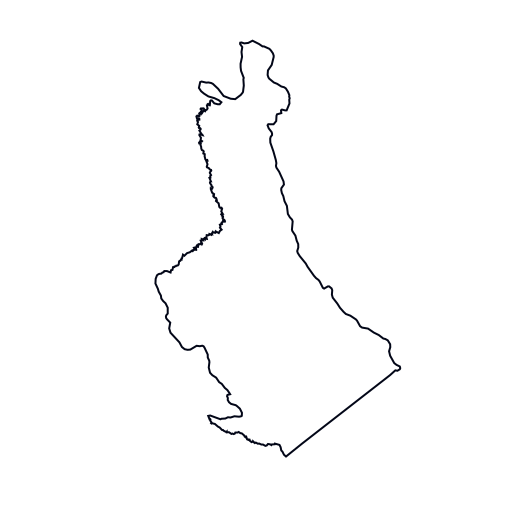 the district of Juruá, Amazonas, Brazil, rotated 322°
{"feature_id": "56859067B52882726289547", "entity_name": "Juruá", "entity_type": "district", "adm_level": 2, "iso_a3": "BRA", "parent_name": "Brazil", "parent_adm1": "Amazonas", "projection": "equal_earth", "projection_center": [-66.308, -3.375], "detail": "fine", "context": "isolated", "style": "outline", "palette": "ink", "viewbox_px": 512, "rotation_deg": 322, "n_neighbors": 0, "source": "geoboundaries", "source_scale": "gbopen_adm2", "svg_char_len": 6145}
<svg xmlns="http://www.w3.org/2000/svg" viewBox="0 0 512 512"><g transform="rotate(322 256 256)"><path d="M306.8,401.0L305.5,399.4L304.1,393.9L301.7,388.9L299.6,382.2L295.5,377.7L294.8,375.4L295.8,369.2L295.7,367.5L293.6,361.1L291.1,357.0L290.6,353.8L290.3,348.5L290.8,343.5L290.8,336.1L292.0,333.2L295.0,329.9L295.6,328.1L294.9,325.0L293.9,324.2L289.6,323.6L289.1,322.2L290.5,315.3L290.5,313.3L289.7,310.4L289.5,307.2L290.0,296.3L290.6,292.6L290.4,283.0L290.8,279.2L291.5,277.5L294.5,275.4L296.6,272.6L297.5,269.0L299.6,264.2L300.0,258.8L300.5,257.4L306.2,251.3L306.8,249.5L306.5,246.4L307.0,242.5L311.2,235.5L312.2,230.4L314.4,225.6L315.1,222.4L316.5,219.5L317.7,218.2L322.0,216.9L323.6,214.2L326.1,203.9L326.5,198.9L327.2,197.3L329.2,195.4L330.7,192.6L334.1,184.3L337.1,175.5L339.4,172.3L341.0,171.1L343.1,170.6L344.1,169.3L344.6,167.9L344.6,163.3L345.6,160.1L346.8,159.7L350.9,163.0L352.8,162.6L355.0,162.1L358.5,158.1L359.8,157.3L363.9,159.0L365.4,156.6L366.6,156.6L368.6,159.2L369.8,160.1L376.3,156.4L378.4,153.3L379.7,152.4L380.2,150.9L381.3,149.8L382.3,146.2L382.7,142.3L382.1,140.4L380.3,138.0L378.7,133.4L376.9,130.3L375.6,124.4L375.7,123.0L376.6,120.5L379.7,117.1L386.0,115.1L392.4,110.1L393.3,109.0L394.1,106.7L394.3,103.2L394.1,101.0L391.3,95.7L390.2,94.9L388.9,90.8L385.8,84.2L381.0,83.3L377.6,81.2L376.0,78.8L374.9,78.2L374.0,79.1L373.8,82.9L370.2,86.3L367.6,90.5L362.2,95.0L360.0,97.9L358.2,100.9L356.0,108.1L354.9,108.9L351.3,114.2L346.8,118.7L345.8,119.1L343.1,119.7L336.2,119.6L332.9,116.5L329.0,110.0L329.1,100.9L328.0,93.8L327.2,92.1L325.4,90.0L323.5,88.7L320.5,85.0L319.1,84.6L314.5,88.4L314.2,92.4L315.0,96.0L316.7,100.9L320.4,106.0L322.5,110.2L323.4,113.5L320.8,114.1L319.3,112.9L317.1,110.0L317.0,106.3L316.3,105.6L315.3,105.7L312.4,108.8L311.9,108.3L311.9,105.8L311.4,107.1L310.1,107.0L308.6,110.0L307.1,110.4L306.2,110.1L305.0,110.6L304.5,109.2L305.6,108.7L305.6,107.4L303.4,105.8L302.9,106.0L303.3,107.2L302.5,108.1L302.8,109.7L301.4,110.2L301.0,108.9L300.1,110.0L299.6,108.6L299.0,108.7L297.9,110.8L297.2,110.8L296.1,109.2L295.0,109.3L294.2,111.1L295.7,112.3L295.8,113.0L295.3,113.7L293.5,112.7L292.9,113.2L292.8,114.7L290.8,116.1L291.4,118.5L290.0,119.5L289.9,120.1L290.7,120.9L290.7,121.7L290.2,122.2L288.6,122.3L288.1,126.7L286.3,125.4L285.8,125.8L285.4,129.0L283.7,130.5L284.2,132.3L283.7,132.4L282.5,131.2L280.8,131.7L280.6,132.3L281.8,132.9L281.7,133.5L280.7,134.1L280.1,136.0L279.0,137.7L278.6,139.2L279.3,140.6L279.2,141.4L277.6,142.8L278.3,144.2L276.9,145.8L275.6,148.7L275.7,149.8L276.7,150.3L276.4,151.1L275.3,150.6L274.3,153.8L272.1,155.4L272.0,156.0L272.9,157.6L272.9,159.4L273.6,160.5L273.3,161.2L271.1,161.7L270.7,162.3L270.4,164.6L269.1,164.8L268.3,166.2L267.4,165.8L266.4,169.5L266.0,169.2L264.9,169.8L264.6,170.5L264.5,172.9L264.0,173.4L264.2,175.1L262.9,176.0L262.4,176.0L262.0,174.9L261.6,175.4L260.4,179.2L261.1,181.4L260.4,182.1L260.2,181.5L259.1,182.7L259.3,184.6L260.2,185.5L260.1,186.4L259.6,187.6L259.2,187.3L258.3,188.0L259.0,191.5L257.3,194.7L257.4,195.9L258.2,196.4L258.0,197.0L258.5,197.1L258.4,197.9L256.1,199.5L255.8,201.8L255.4,201.3L254.2,201.8L254.6,203.2L254.0,203.5L254.4,204.5L254.0,205.1L253.0,205.4L252.7,206.9L253.3,207.9L253.0,209.5L252.6,209.7L252.2,208.4L251.7,208.7L251.4,208.1L249.8,209.0L249.4,208.6L248.4,209.1L248.4,209.8L246.8,209.1L246.0,211.1L245.0,211.5L245.1,214.1L243.0,214.0L240.8,215.0L239.6,212.2L239.2,212.7L238.7,212.7L238.9,211.9L237.9,212.3L236.8,211.3L236.8,210.4L235.0,211.1L234.7,211.9L234.2,211.3L233.7,211.7L232.8,209.9L232.0,210.5L231.1,210.3L230.0,209.2L228.4,210.8L227.8,212.2L226.9,211.2L227.3,210.4L226.8,210.2L226.1,211.2L225.9,210.4L225.4,210.3L224.5,211.1L224.4,210.2L223.8,210.4L223.5,209.3L222.6,210.3L221.9,209.9L221.1,213.2L220.6,213.4L220.7,212.6L220.2,212.0L219.2,212.3L218.0,211.3L216.7,212.4L216.7,211.4L216.2,211.2L215.7,211.4L215.4,212.6L214.7,211.9L213.9,212.2L213.0,213.8L212.0,212.6L211.9,213.5L211.2,212.7L209.0,213.2L208.6,212.8L208.8,212.3L206.1,212.3L203.5,211.3L199.7,211.7L199.3,210.0L196.4,212.2L195.8,212.1L195.1,213.1L194.5,212.7L193.4,213.2L192.9,212.8L192.1,212.9L189.8,215.1L188.5,215.3L187.2,214.5L186.6,214.7L185.3,214.1L184.8,214.4L183.8,213.7L181.6,215.5L180.3,214.9L178.5,216.4L176.6,213.1L174.5,211.4L173.1,211.9L172.1,211.4L170.6,211.6L168.5,210.4L167.0,210.2L166.0,210.3L162.9,212.2L159.8,215.8L158.5,221.4L157.4,224.2L156.7,228.6L155.2,231.2L155.1,234.3L155.6,237.6L154.6,242.4L151.0,247.0L148.7,247.5L147.7,248.3L147.0,249.6L146.9,251.0L147.4,255.7L143.0,259.6L141.4,263.8L142.5,276.9L141.6,282.1L142.4,285.5L144.3,287.8L146.6,289.3L153.9,290.2L156.2,292.5L158.4,293.6L159.1,294.8L159.0,296.5L157.3,303.9L155.5,306.3L154.7,309.7L153.9,311.0L150.1,314.8L147.9,319.7L148.2,323.1L149.7,327.3L149.3,332.7L150.3,335.7L150.2,340.7L150.9,344.0L150.7,347.4L150.5,349.0L148.0,347.9L146.9,348.6L146.4,350.6L145.1,352.0L144.7,354.6L145.3,357.2L148.2,361.1L148.6,362.5L149.3,366.4L148.4,370.9L146.4,373.2L145.4,373.1L143.7,372.2L140.3,369.0L136.5,367.6L134.6,365.8L131.8,365.2L128.6,363.0L127.5,362.8L121.7,353.5L119.9,352.6L119.0,355.6L119.4,355.6L119.5,356.7L118.6,357.5L118.5,359.9L117.7,360.1L117.8,360.6L118.3,360.6L120.2,363.0L121.0,367.1L121.8,368.8L122.1,372.1L122.9,372.9L122.9,373.7L124.2,376.5L124.8,376.4L124.4,377.0L126.2,378.2L127.1,381.1L128.1,381.4L128.8,382.6L129.9,382.9L131.0,382.4L132.8,383.8L134.0,384.0L134.6,386.0L135.6,387.0L136.2,390.1L135.9,391.4L136.5,391.7L136.4,392.5L137.0,392.5L136.1,395.0L136.7,396.1L137.1,395.9L137.9,396.7L137.4,397.8L137.9,399.9L138.9,400.0L139.2,400.7L139.6,400.3L139.9,402.7L141.0,402.9L141.9,405.1L143.0,405.7L144.1,407.8L145.4,408.8L146.5,411.4L147.8,411.9L149.7,411.5L151.1,413.0L151.7,414.4L152.2,414.1L154.9,415.9L155.4,415.5L158.2,419.3L157.7,421.8L156.2,424.8L156.4,426.4L155.7,429.8L156.2,432.5L177.1,432.2L288.3,432.4L295.4,431.9L296.8,433.5L299.6,433.8L300.6,433.2L301.3,431.6L299.7,428.3L299.0,425.5L300.3,417.2L302.2,413.0L305.7,410.5L307.4,408.1L307.9,403.6L306.8,401.0ZM288.1,126.7L288.4,127.3L288.3,127.9L288.0,127.5L288.1,126.7ZM212.0,212.6L212.7,212.2L212.7,211.5L212.2,211.3L212.0,212.6Z" fill="none" stroke="#020617" stroke-width="2"/></g></svg>